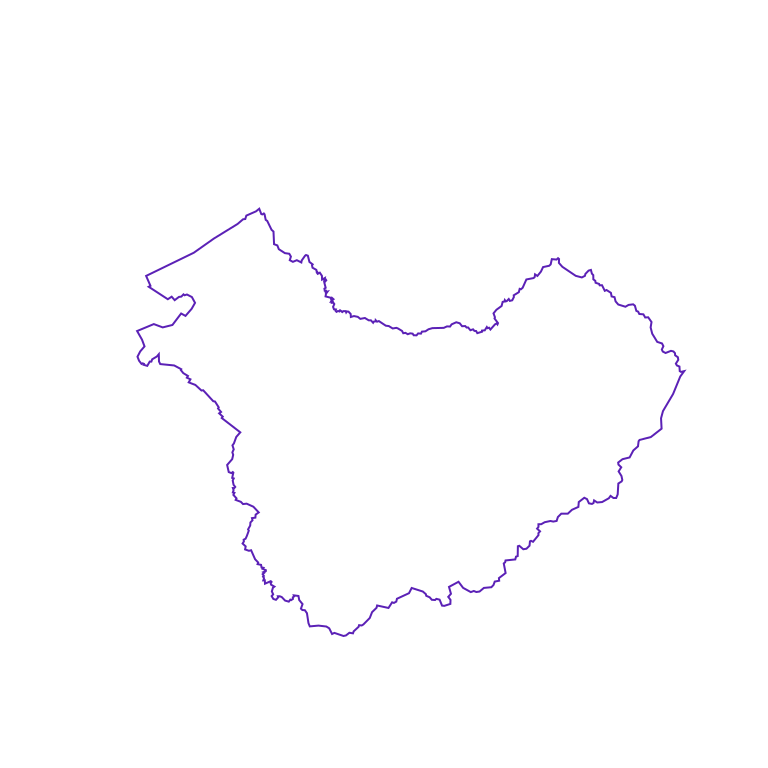 Pak Tho, Ratchaburi, Thailand, rotated 224°
{"feature_id": "78962969B58694700043787", "entity_name": "Pak Tho", "entity_type": "district", "adm_level": 2, "iso_a3": "THA", "parent_name": "Thailand", "parent_adm1": "Ratchaburi", "projection": "robinson", "projection_center": [99.695, 13.356], "detail": "fine", "context": "isolated", "style": "outline", "palette": "violet", "viewbox_px": 768, "rotation_deg": 224, "n_neighbors": 0, "source": "geoboundaries", "source_scale": "gbopen_adm2", "svg_char_len": 6154}
<svg xmlns="http://www.w3.org/2000/svg" viewBox="0 0 768 768"><g transform="rotate(224 384 384)"><path d="M630.2,296.5L620.2,292.4L620.8,290.5L598.4,294.8L597.4,299.3L592.8,298.9L592.0,304.2L590.5,306.1L590.5,309.2L589.1,309.3L587.9,311.5L582.6,313.1L576.3,311.1L574.6,304.5L574.1,295.1L578.9,293.8L577.2,279.5L582.5,271.0L591.2,267.2L598.4,250.6L588.9,247.8L582.4,244.7L582.0,238.1L580.3,232.4L576.4,230.6L572.4,230.0L572.0,231.2L570.7,231.7L570.3,230.8L566.9,232.6L568.1,237.4L566.9,238.5L567.9,240.7L566.5,246.0L566.7,249.0L561.5,243.9L558.8,242.9L547.8,251.6L540.1,253.8L539.8,252.9L535.9,252.4L530.6,253.6L530.2,251.6L526.5,252.9L525.6,249.5L519.0,252.3L510.8,252.5L509.7,253.9L494.9,253.0L493.4,254.0L486.7,252.4L486.4,251.1L481.8,250.7L482.2,248.4L477.3,248.5L477.1,246.8L453.8,249.4L453.5,243.3L450.7,237.0L450.4,234.6L446.7,232.6L445.6,229.5L443.3,228.3L441.0,224.5L440.6,216.8L434.5,212.8L431.9,213.9L431.6,215.6L430.8,215.6L428.0,211.0L426.5,211.7L425.8,209.5L422.2,207.0L419.5,206.6L419.4,205.1L420.4,204.2L418.5,203.2L417.4,201.0L416.0,201.8L415.3,199.6L410.7,199.3L410.2,197.6L405.1,199.8L402.0,199.7L399.7,202.5L392.7,205.0L384.9,204.6L385.6,200.9L383.7,198.5L385.8,195.8L383.9,194.6L383.9,191.6L381.9,189.2L380.8,185.0L379.4,184.6L377.1,179.4L376.1,176.6L376.8,174.5L375.4,173.4L374.9,171.0L370.7,171.1L369.0,168.5L365.3,170.2L364.1,172.1L355.0,168.4L350.5,168.2L349.8,166.6L346.8,168.5L344.7,167.0L343.1,168.0L343.0,166.7L339.6,168.0L339.0,167.2L340.1,164.8L339.0,164.9L339.2,162.9L337.1,162.5L337.2,161.4L335.4,161.0L334.4,158.9L333.4,160.0L330.9,157.7L328.5,163.5L327.4,163.5L327.1,161.9L325.8,161.2L322.1,162.1L322.4,160.3L320.6,156.9L317.6,155.7L317.5,153.4L314.3,152.5L311.8,153.7L311.9,157.1L312.9,157.6L311.5,158.9L309.6,159.7L304.7,159.5L301.3,161.3L301.6,163.8L300.7,164.0L300.2,166.1L301.4,167.2L301.1,168.8L302.1,169.3L298.3,172.1L294.9,169.7L289.7,169.1L287.7,164.7L285.7,164.7L283.8,166.3L280.2,165.6L272.2,159.5L269.0,158.1L263.3,164.7L257.0,169.5L253.7,170.2L247.7,168.1L246.8,170.5L238.1,174.6L236.7,176.7L236.1,181.0L233.1,183.1L234.0,185.0L233.6,191.7L234.4,193.2L232.3,194.8L231.8,196.7L231.7,205.8L234.1,211.6L233.9,217.8L235.1,219.9L225.2,226.0L226.5,232.6L224.8,233.4L224.0,236.0L225.5,238.5L220.7,250.9L222.4,256.5L211.9,261.7L207.9,261.9L206.5,261.0L203.0,262.3L199.7,262.0L197.2,264.1L197.1,265.8L194.2,267.5L188.3,264.9L186.5,266.3L183.5,271.9L186.2,274.9L189.9,275.5L190.1,279.6L196.3,283.2L193.0,293.5L185.5,292.3L177.0,294.6L175.6,297.5L173.1,298.5L171.1,301.1L170.5,306.7L165.6,312.4L165.6,315.5L167.1,318.8L164.5,322.5L166.5,324.2L165.2,332.5L173.2,338.1L173.0,339.9L174.0,341.5L167.7,349.0L169.1,351.5L168.3,353.1L175.0,360.3L174.3,361.6L169.0,361.9L167.1,364.5L167.0,368.8L169.7,372.2L169.3,373.3L167.2,374.0L167.9,382.6L169.3,383.9L169.4,386.4L173.4,386.3L173.6,388.5L175.5,390.4L173.5,392.4L172.4,396.2L169.1,401.1L166.7,402.6L164.7,405.4L166.5,409.1L166.4,413.9L161.7,418.4L161.4,424.1L158.8,430.6L161.9,434.4L160.9,441.3L158.0,442.2L153.7,440.5L151.1,442.2L150.6,443.9L152.0,446.2L148.3,446.9L145.1,450.6L142.9,458.0L143.3,460.9L139.7,461.4L137.8,463.3L139.2,466.9L146.3,475.2L145.4,479.0L145.9,480.5L149.3,482.8L154.5,484.1L155.5,488.9L159.4,488.9L161.0,490.2L160.2,495.6L156.3,501.8L158.5,509.4L158.0,515.6L161.1,519.7L161.3,521.3L155.2,531.2L153.3,544.7L160.9,551.8L164.5,558.3L169.1,577.6L176.1,595.2L177.0,601.8L178.8,599.0L180.2,598.7L183.6,601.8L186.2,600.8L188.2,601.4L189.1,605.8L191.2,607.4L194.5,606.9L196.1,608.3L198.4,608.5L200.6,607.2L203.0,601.9L206.0,601.0L208.1,601.8L209.3,605.3L212.2,606.3L216.7,604.1L226.0,606.5L231.5,609.9L234.6,614.4L240.3,615.5L242.3,613.3L245.8,614.3L249.0,611.7L251.4,612.6L253.3,611.9L257.9,614.6L260.1,614.4L263.0,610.8L264.0,607.3L270.7,603.9L274.8,604.3L278.5,606.6L281.1,605.1L284.1,607.2L289.2,606.2L289.9,604.4L295.8,606.5L297.4,604.8L298.8,605.4L302.1,603.8L303.7,605.0L306.1,604.7L309.1,607.7L311.1,607.8L314.4,609.8L315.6,607.7L315.6,603.1L314.6,601.4L315.7,598.1L321.2,595.0L337.1,592.2L342.3,592.6L344.9,595.5L346.2,595.4L346.3,593.4L350.0,590.4L347.2,585.8L347.3,583.8L350.8,578.6L349.2,573.9L348.7,568.3L351.5,567.8L349.9,565.6L350.0,564.1L354.2,558.1L351.1,549.5L351.3,547.3L352.5,546.7L350.8,543.7L352.3,537.9L351.0,536.8L349.9,533.3L351.2,531.2L353.3,531.8L353.3,528.9L353.8,528.0L355.4,528.3L354.7,526.9L355.7,525.5L353.6,521.8L354.7,515.5L354.3,510.9L350.6,509.1L350.0,507.9L344.3,507.0L343.8,505.7L345.0,505.9L345.6,504.0L345.3,497.1L347.5,497.5L348.3,496.1L349.6,496.4L348.8,492.6L350.6,490.5L349.8,489.7L352.2,485.4L354.5,486.1L355.9,485.0L357.9,485.2L359.2,482.7L362.8,483.1L363.8,482.0L365.8,482.1L368.0,479.8L371.7,480.3L374.9,478.6L376.8,473.9L376.4,471.2L378.7,469.2L380.0,465.9L388.0,457.8L390.0,454.3L390.8,450.7L393.1,448.0L392.4,445.9L394.6,444.1L394.4,441.6L396.5,439.7L398.4,440.1L400.4,438.6L401.5,436.3L404.1,435.7L405.4,433.9L407.9,434.7L412.7,433.6L414.1,433.0L416.3,430.0L420.8,429.0L423.2,427.2L431.4,425.7L432.3,424.0L434.3,424.1L433.6,423.2L434.7,421.7L434.4,420.5L437.7,420.7L439.2,419.2L443.6,418.2L446.3,414.4L449.5,414.1L452.8,412.0L454.4,409.2L456.6,411.2L459.8,411.4L461.1,410.4L460.9,409.2L462.2,409.8L463.9,408.1L464.0,406.0L464.4,406.9L466.8,406.5L466.5,405.2L467.8,404.6L468.3,402.9L469.8,403.0L470.4,404.2L471.9,403.0L474.2,404.1L475.3,407.0L476.9,407.3L477.9,406.2L478.5,407.2L479.3,406.3L479.6,407.6L478.5,407.9L479.6,408.4L479.3,409.9L481.4,409.8L481.2,408.4L482.3,409.0L486.9,406.4L488.4,408.6L488.8,411.3L489.8,409.7L490.6,410.7L491.4,409.9L493.1,411.2L492.8,412.7L497.4,415.5L497.6,418.5L498.5,418.7L499.0,417.2L500.2,419.1L501.1,416.1L503.8,418.7L507.5,419.5L508.2,417.2L509.6,417.5L509.5,419.0L510.1,417.8L512.0,419.1L516.2,418.0L518.3,419.4L518.4,420.5L522.4,420.0L527.9,423.4L529.7,422.6L529.9,421.5L529.0,415.7L527.9,414.0L532.7,412.5L534.4,408.6L537.8,407.6L539.5,411.0L542.6,411.9L546.2,409.3L553.3,407.9L557.0,409.6L560.2,408.2L569.4,416.9L572.0,416.8L581.3,420.2L583.1,419.9L587.8,423.1L588.9,423.2L589.3,421.5L590.3,421.0L595.5,423.4L596.0,419.3L600.0,409.5L598.4,406.3L599.8,404.6L600.5,397.4L607.4,370.5L612.0,346.3L630.2,296.5Z" fill="none" stroke="#5b21b6" stroke-width="2"/></g></svg>